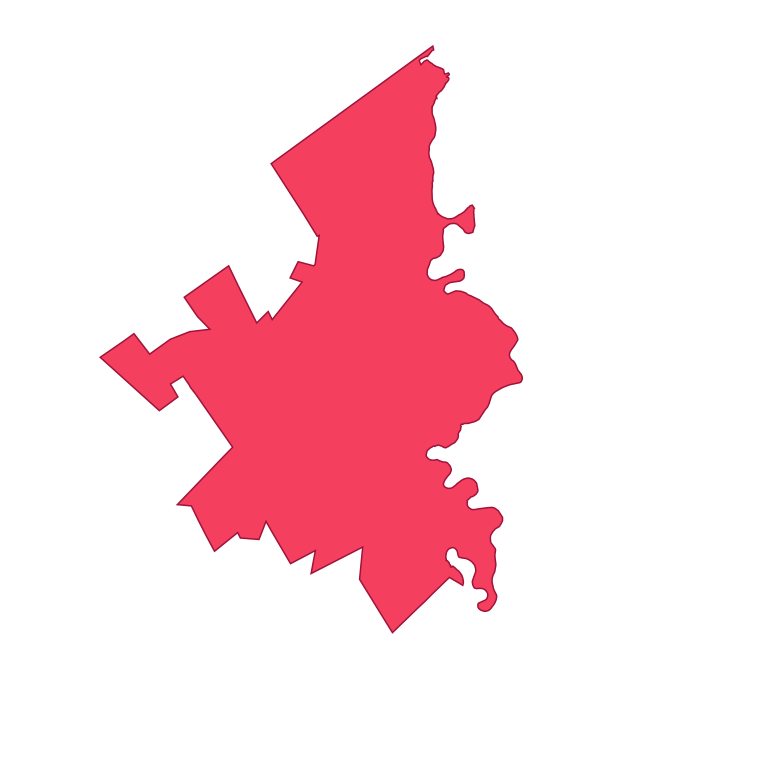 Marqués de Comillas, Chiapas, Mexico (Albers equal-area conic projection), rotated 144°
{"feature_id": "50627088B45409409089099", "entity_name": "Marqués de Comillas", "entity_type": "district", "adm_level": 2, "iso_a3": "MEX", "parent_name": "Mexico", "parent_adm1": "Chiapas", "projection": "albers", "projection_center": [-90.792, 16.274], "detail": "fine", "context": "isolated", "style": "filled", "palette": "rose", "viewbox_px": 768, "rotation_deg": 144, "n_neighbors": 0, "source": "geoboundaries", "source_scale": "gbopen_adm2", "svg_char_len": 6171}
<svg xmlns="http://www.w3.org/2000/svg" viewBox="0 0 768 768"><g transform="rotate(144 384 384)"><path d="M145.9,628.7L345.8,628.6L349.2,568.8L351.2,542.7L349.1,542.3L369.5,521.2L371.4,520.9L381.6,533.4L397.6,525.0L390.3,514.6L436.6,501.8L435.1,510.7L451.1,508.2L444.2,549.3L440.2,570.9L494.6,571.6L495.2,552.2L495.2,547.7L492.7,530.6L510.3,540.5L530.6,545.8L556.0,545.9L556.7,571.7L568.5,571.7L597.9,572.4L581.4,494.5L558.3,494.7L556.8,509.5L541.9,508.4L542.1,498.3L542.6,494.7L542.3,486.3L543.6,421.8L558.4,419.3L622.1,407.9L611.5,398.6L614.2,383.6L617.0,366.1L619.4,348.3L589.7,349.8L590.7,343.8L576.5,331.7L560.2,342.2L561.7,329.0L565.2,293.6L537.4,289.6L554.4,273.5L497.1,264.6L518.6,240.3L521.6,201.0L523.3,177.9L487.4,183.0L479.1,184.0L468.7,185.7L444.8,189.1L438.6,174.8L436.7,176.4L435.4,178.4L434.2,181.1L433.5,183.4L433.4,185.2L433.5,188.7L434.2,190.9L434.6,193.5L435.2,195.6L435.3,196.1L435.8,196.3L436.7,196.1L437.1,196.5L436.7,196.9L436.9,197.5L437.4,197.3L437.2,198.0L436.7,198.5L436.9,199.9L436.8,200.6L436.5,200.8L436.3,201.8L436.6,203.1L437.0,203.6L436.7,203.7L437.0,204.6L437.3,205.1L436.7,205.5L435.6,207.9L433.3,210.3L431.6,211.6L429.3,212.4L427.8,212.4L426.8,212.2L425.3,211.6L424.4,211.1L423.5,210.1L423.0,208.8L422.9,206.5L423.3,205.1L424.8,201.7L425.1,200.3L425.0,199.5L421.7,196.0L420.3,194.7L419.0,192.7L417.7,189.6L417.4,188.2L417.1,183.8L417.4,183.6L418.3,181.0L419.7,178.7L421.2,177.5L424.1,175.6L428.7,172.3L430.0,169.9L430.6,167.9L430.8,166.3L430.4,165.3L429.5,164.2L426.4,162.2L424.6,160.6L423.7,159.3L423.1,157.3L423.0,154.9L423.3,153.7L423.9,152.6L424.5,151.8L425.3,151.0L427.5,149.7L429.7,149.7L433.3,150.6L434.2,150.6L435.9,151.1L436.6,151.1L438.0,150.1L439.1,148.2L439.3,146.6L438.6,144.1L436.6,141.3L435.2,140.3L432.6,139.3L430.1,139.4L424.3,141.2L422.6,142.0L420.4,143.3L417.8,145.7L417.0,147.2L416.2,152.3L415.6,154.4L413.2,159.8L412.6,160.8L411.0,162.9L409.9,163.9L407.9,165.4L404.8,167.0L400.2,171.5L399.3,172.7L396.4,178.0L395.1,180.0L394.4,181.0L391.4,184.0L390.8,185.4L390.8,192.7L390.2,194.2L388.4,197.0L387.1,198.5L385.4,199.5L381.9,200.8L378.8,201.4L374.5,200.9L371.7,202.0L368.5,203.7L366.5,206.4L366.0,214.2L367.3,218.3L368.1,219.5L369.4,220.9L369.5,220.8L371.8,222.4L373.7,223.5L374.5,223.8L375.2,224.3L382.8,228.4L384.1,228.9L386.1,230.3L387.0,231.3L387.7,232.9L388.1,234.5L388.0,236.3L387.7,237.3L387.1,238.3L385.6,239.9L385.4,240.8L380.0,241.5L378.2,240.8L374.5,240.7L371.5,241.8L370.4,242.9L367.4,249.4L367.5,251.7L367.9,253.8L368.5,255.3L369.8,257.0L371.0,258.3L372.5,259.2L375.8,260.3L378.1,260.5L383.4,260.4L385.8,260.0L390.2,260.0L392.2,261.0L393.5,261.9L394.4,263.1L395.3,264.8L395.4,267.0L394.3,268.6L392.9,269.5L391.0,270.6L386.1,272.1L383.4,272.7L381.4,273.8L380.1,274.9L379.4,276.2L378.7,278.8L379.0,282.6L379.6,284.1L382.2,286.4L383.8,288.6L385.6,291.8L387.3,292.4L389.5,293.8L391.2,295.6L391.9,296.9L392.3,299.5L392.2,300.8L391.4,302.0L388.7,304.4L387.5,304.8L384.5,305.1L382.1,304.8L380.7,304.8L379.7,304.1L379.6,303.7L378.0,303.5L377.6,303.1L376.3,302.8L375.8,302.5L373.9,299.9L372.9,297.7L372.2,296.7L371.6,296.1L370.3,296.0L368.9,295.6L364.7,295.5L361.4,295.0L358.9,295.6L356.1,296.7L354.4,298.2L353.6,299.7L351.7,301.0L349.5,301.6L348.8,302.1L347.3,303.8L346.7,304.1L346.5,305.4L344.8,306.0L344.1,305.1L342.2,304.8L339.1,302.7L334.5,300.9L331.9,300.1L328.1,299.6L317.2,303.7L313.8,304.5L310.5,306.4L304.3,311.0L302.9,311.7L300.6,312.2L297.8,312.3L291.8,311.7L289.4,311.3L284.1,309.9L282.0,309.2L273.9,305.5L272.8,305.2L271.3,305.4L269.0,306.9L267.9,308.9L267.4,310.9L267.5,316.6L266.1,321.9L265.7,324.9L265.9,326.8L266.5,328.1L266.6,331.0L265.7,333.6L263.7,335.5L261.2,336.7L255.9,338.4L249.9,341.0L249.0,342.5L248.3,344.7L247.8,348.3L247.9,353.6L248.0,354.4L251.0,359.6L251.2,360.9L251.7,361.8L252.2,364.5L252.1,365.2L252.4,366.4L252.3,367.0L252.8,368.2L252.9,369.0L252.8,370.0L252.3,371.7L252.7,373.5L252.8,375.8L252.6,381.7L253.1,385.0L253.6,386.5L256.0,391.1L257.5,396.0L262.2,404.8L263.4,406.3L264.4,409.7L266.7,413.0L267.5,414.0L271.0,417.0L272.5,417.5L278.9,419.0L279.8,419.5L280.6,421.9L280.8,424.4L278.3,426.5L276.4,427.8L271.5,427.4L269.6,426.6L262.0,422.6L259.4,422.3L257.2,422.7L255.3,424.5L253.2,427.8L253.2,430.0L254.4,431.6L256.9,433.0L259.1,433.3L261.4,433.1L265.8,433.5L270.6,434.5L270.9,434.7L273.1,435.4L274.1,436.0L275.9,436.1L279.8,436.9L282.0,437.8L284.3,440.3L285.2,442.6L285.3,444.6L284.7,447.2L281.8,451.0L277.7,453.6L273.6,456.5L270.7,456.7L269.6,456.5L268.6,455.8L267.5,455.4L263.9,454.9L262.8,455.0L258.5,456.7L257.6,457.3L255.1,459.9L251.9,465.6L249.5,469.3L246.0,472.9L244.7,474.8L239.6,475.0L237.6,475.0L235.8,474.5L232.7,472.6L230.9,470.4L228.9,462.3L229.3,459.8L228.6,457.7L226.9,455.9L223.0,454.5L218.7,458.0L217.6,458.5L212.9,466.5L211.5,468.5L210.8,469.9L208.0,473.2L207.6,473.1L207.5,476.9L209.6,477.5L210.3,477.5L211.7,477.0L212.4,477.3L217.9,476.2L222.1,476.4L224.2,476.8L225.5,476.8L229.7,477.1L230.4,477.5L231.1,477.5L232.7,478.3L235.5,480.3L238.6,485.1L239.8,488.7L239.8,489.8L240.4,489.9L239.0,496.5L239.2,496.9L238.2,501.0L237.4,503.0L236.4,505.1L231.4,512.5L228.4,515.8L227.3,517.7L225.6,519.5L225.1,519.4L223.3,522.2L221.2,524.5L219.9,525.3L218.9,526.8L217.7,529.0L215.2,535.5L214.7,537.4L214.1,540.6L212.1,544.4L209.1,547.6L208.1,549.4L205.7,551.1L203.8,552.0L201.5,553.0L198.6,553.9L197.5,554.6L196.5,555.3L192.7,559.2L190.8,562.0L189.4,565.0L187.4,569.8L186.6,573.2L185.9,574.5L185.6,575.3L184.0,577.3L183.9,577.7L183.2,578.7L182.9,578.8L182.0,579.8L182.2,580.1L180.7,580.5L179.1,581.4L177.7,582.2L177.2,582.6L177.0,583.2L176.7,583.1L175.6,583.8L174.6,584.1L174.0,584.7L173.4,584.8L173.2,584.3L172.7,585.4L173.0,585.5L172.7,586.3L167.8,587.6L165.4,587.6L163.4,588.1L160.6,589.1L157.9,590.6L157.3,591.2L156.8,590.9L153.4,591.8L152.0,592.8L151.7,594.1L152.6,595.4L153.4,595.8L149.5,595.9L149.0,596.5L149.1,597.8L152.7,598.9L152.4,600.5L151.1,603.1L151.5,604.7L153.2,607.4L154.8,609.7L156.0,612.2L156.7,614.2L156.8,615.2L157.6,616.8L158.3,619.5L158.3,620.2L159.0,621.0L161.8,621.4L166.5,620.6L165.6,624.4L164.9,625.2L163.2,625.4L157.2,624.3L156.3,623.4L149.5,625.4L147.4,625.1L145.9,628.7Z" fill="#f43f5e" stroke="#9f1239" stroke-width="1.5"/></g></svg>